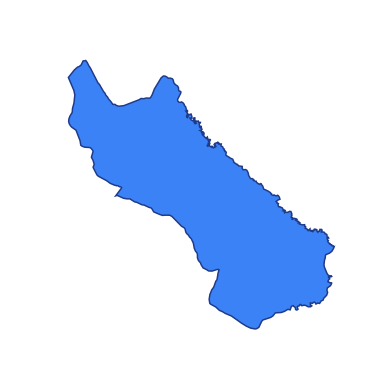 Samfya, Luapula, Zambia (Robinson projection), rotated 314°
{"feature_id": "96606910B51649803270254", "entity_name": "Samfya", "entity_type": "district", "adm_level": 2, "iso_a3": "ZMB", "parent_name": "Zambia", "parent_adm1": "Luapula", "projection": "robinson", "projection_center": [29.71, -11.747], "detail": "fine", "context": "isolated", "style": "filled", "palette": "blue", "viewbox_px": 384, "rotation_deg": 314, "n_neighbors": 0, "source": "geoboundaries", "source_scale": "gbopen_adm2", "svg_char_len": 6109}
<svg xmlns="http://www.w3.org/2000/svg" viewBox="0 0 384 384"><g transform="rotate(314 192 192)"><path d="M188.5,23.5L183.0,36.5L180.4,40.3L174.0,45.3L169.1,48.0L166.1,50.5L161.8,51.5L159.2,52.6L157.1,54.2L155.8,56.3L155.2,58.6L155.1,60.6L155.9,65.6L151.1,75.9L148.4,79.5L148.5,80.9L149.7,83.7L153.0,87.6L153.3,89.1L153.0,91.6L152.4,92.7L147.1,95.5L146.0,98.9L144.0,102.4L141.2,103.6L140.8,104.3L138.4,111.4L138.2,112.4L138.4,114.1L140.8,122.6L141.4,127.1L142.9,131.0L144.1,133.4L145.1,134.3L145.3,136.0L146.3,137.2L146.1,138.5L136.3,139.8L137.4,140.4L137.9,141.4L139.9,147.0L141.8,149.9L143.9,152.1L145.1,157.7L146.2,159.4L148.0,164.8L149.3,166.6L151.1,171.8L152.0,173.3L152.1,174.8L151.1,178.3L153.4,184.3L154.7,187.1L156.3,188.4L159.9,192.2L160.5,194.7L160.1,208.3L160.8,210.9L160.7,212.5L158.9,215.3L158.4,217.1L158.5,219.2L157.9,221.6L157.9,223.8L156.2,228.4L153.0,232.9L151.9,235.6L151.7,237.7L150.9,239.2L148.3,241.8L147.2,244.2L146.9,247.3L145.9,249.5L145.1,252.8L146.3,256.4L146.7,258.6L147.0,259.1L149.1,261.4L153.7,263.9L154.6,264.7L154.8,265.5L151.9,267.0L146.3,270.9L144.4,271.1L138.7,273.7L135.3,274.2L130.5,276.2L126.7,278.9L124.3,282.1L124.2,283.0L125.8,289.1L125.9,294.0L127.0,296.8L127.8,300.3L130.2,306.5L132.1,319.0L133.2,324.0L134.8,328.7L137.3,332.5L138.5,333.4L141.1,334.1L147.3,332.0L149.2,331.9L156.4,335.7L159.0,336.3L162.9,335.9L167.3,339.9L170.3,341.4L174.2,342.5L175.4,344.5L178.6,343.0L180.2,343.4L180.6,343.8L180.4,344.7L180.7,346.5L179.5,348.0L179.6,349.0L180.4,349.6L181.3,349.7L182.5,347.4L183.2,347.4L184.5,348.2L185.9,347.8L186.6,348.2L186.7,348.6L186.3,349.2L186.5,350.0L188.5,351.3L189.3,352.5L190.2,355.4L191.8,357.0L193.3,357.3L193.5,357.0L192.9,355.6L194.4,354.2L195.6,356.0L197.5,356.2L197.9,356.7L197.9,357.5L197.5,359.0L199.5,359.6L200.5,361.2L203.3,360.6L205.4,361.4L206.9,360.6L211.3,360.6L214.0,359.3L215.1,357.2L217.1,356.0L220.8,356.7L223.1,356.0L223.6,355.5L222.3,353.8L222.3,352.8L221.9,352.2L222.1,351.8L223.8,351.3L225.2,351.4L225.5,350.8L225.4,349.4L226.0,349.2L227.3,350.8L228.3,351.2L228.5,350.5L227.2,349.1L226.8,347.8L227.1,346.0L229.9,339.5L231.3,337.5L235.1,334.6L236.9,333.8L238.9,332.2L239.9,331.8L243.5,333.4L246.6,333.8L249.8,333.0L251.6,332.2L251.0,331.7L251.4,331.1L250.6,330.0L251.1,329.1L250.5,328.5L250.7,327.3L250.2,327.1L250.5,326.1L250.5,324.7L250.8,324.0L251.8,323.8L251.7,322.5L252.4,322.1L252.6,321.5L253.8,322.3L254.1,321.5L253.5,320.5L255.0,318.7L255.1,318.0L254.3,316.8L254.7,316.3L254.9,315.2L253.9,313.4L253.2,313.2L253.0,312.8L254.5,311.8L254.9,312.0L255.1,311.3L254.0,310.0L252.3,310.9L251.7,310.3L250.5,310.5L250.6,309.0L251.4,308.4L251.6,307.9L250.7,306.2L250.3,305.9L249.7,306.6L249.2,305.9L248.3,305.8L247.8,306.5L247.4,306.5L246.6,304.9L247.4,304.8L246.3,303.5L247.4,302.5L245.8,302.3L245.2,302.6L244.8,302.3L245.3,300.5L244.5,298.7L245.8,298.2L246.0,297.7L245.6,297.5L245.5,296.9L246.7,295.7L245.0,294.2L243.6,291.5L244.8,291.2L244.6,290.5L243.6,289.8L244.8,289.2L244.0,288.0L244.0,287.0L243.7,286.0L244.1,286.0L245.1,286.8L245.3,286.1L244.2,284.0L243.3,283.4L242.2,283.4L242.0,282.9L243.3,282.8L243.4,282.1L242.8,281.6L242.8,280.7L244.6,280.1L244.9,279.1L245.6,279.1L246.7,276.7L245.9,275.7L243.7,274.9L242.5,273.3L241.4,273.1L241.7,272.4L242.9,272.1L242.0,270.8L243.2,271.2L242.7,269.7L243.3,268.2L242.8,266.4L242.3,266.0L242.4,265.3L241.6,264.5L242.6,262.7L243.7,262.2L243.1,260.7L243.6,260.3L243.6,259.1L245.9,259.4L247.9,260.3L248.9,258.5L249.3,256.7L249.0,255.7L247.8,255.4L247.4,254.9L246.9,253.0L246.3,253.1L245.7,252.4L245.3,250.9L245.9,250.6L245.8,249.9L246.0,248.8L245.4,245.7L243.9,241.5L245.3,239.0L245.6,237.7L245.4,236.9L245.9,236.2L245.4,236.0L245.4,235.3L244.3,235.1L244.1,234.5L244.1,233.8L243.8,233.0L243.9,231.4L244.3,230.7L243.7,230.2L243.4,229.0L243.7,228.5L243.6,228.2L243.2,228.4L243.1,227.8L243.7,227.4L243.7,226.9L243.4,225.9L242.5,225.2L242.4,224.3L243.3,221.2L244.8,219.1L245.7,216.4L245.4,215.0L243.5,213.3L244.0,211.5L245.3,210.4L243.2,207.4L243.4,205.5L242.8,204.8L242.9,203.5L242.4,202.3L242.4,201.3L243.1,200.7L243.2,199.9L243.9,198.6L242.7,195.0L242.8,194.5L242.0,191.2L242.3,190.5L244.4,189.0L244.4,187.9L244.0,187.5L244.6,187.1L244.4,186.1L245.3,185.5L245.0,184.6L245.8,182.5L245.3,180.8L246.7,179.8L246.2,179.6L246.1,178.5L245.5,178.6L245.1,178.3L245.1,178.0L245.8,178.2L245.8,176.0L245.4,176.0L245.0,176.8L244.5,175.5L242.7,174.7L241.6,176.9L241.2,175.6L240.4,177.4L238.6,176.7L238.5,176.3L239.0,176.1L238.8,174.6L237.8,175.0L237.3,172.3L235.8,171.4L235.8,170.9L236.2,170.5L236.5,170.5L238.1,171.8L238.4,171.5L237.7,170.6L238.3,169.7L239.5,170.7L240.0,168.9L240.5,169.6L242.3,169.0L242.3,168.4L240.7,167.5L241.3,167.0L240.6,165.7L241.8,165.5L242.2,164.8L240.5,164.7L240.4,164.3L240.4,159.7L240.8,159.2L241.1,159.3L241.4,160.8L242.7,159.8L242.9,158.1L241.4,157.8L241.4,157.5L242.5,157.2L241.8,155.0L243.2,155.7L244.1,155.6L244.3,154.6L245.6,153.1L245.5,152.7L243.9,153.1L243.9,152.5L245.9,149.9L247.3,150.0L247.9,149.7L246.8,148.5L247.4,147.2L246.7,146.8L245.6,145.2L245.1,145.4L244.4,147.3L243.4,147.0L243.2,146.3L243.8,144.7L246.4,143.5L247.3,142.6L246.9,142.0L245.9,141.8L245.3,143.3L243.7,143.0L243.3,141.3L243.6,139.4L244.0,139.1L244.5,140.3L245.2,140.5L246.4,139.2L247.4,137.1L246.1,136.7L245.6,135.7L242.6,137.1L242.4,137.2L242.1,136.6L242.7,135.4L243.7,134.9L244.6,135.0L245.5,133.9L245.9,131.4L246.3,131.8L246.5,132.8L247.2,132.6L247.4,130.6L248.9,128.2L248.9,126.6L249.6,125.5L249.9,123.8L249.6,122.0L248.1,121.1L247.5,120.1L247.6,118.5L248.3,117.5L249.2,117.1L255.1,115.3L256.2,114.6L256.4,113.8L255.8,113.0L255.8,111.9L257.7,109.7L258.2,108.0L257.7,105.6L257.9,103.1L259.5,100.7L259.8,99.3L258.9,97.3L257.4,96.0L257.2,93.7L256.6,92.0L255.5,90.8L252.7,90.5L239.9,93.4L234.3,95.8L231.6,96.5L230.2,96.5L227.8,93.8L225.5,92.4L223.9,90.4L221.5,89.8L206.8,83.0L202.9,79.8L201.8,77.7L201.5,75.7L200.0,74.1L200.6,71.4L201.0,67.0L201.6,65.5L201.8,62.6L202.6,60.9L202.8,58.6L205.1,50.6L205.2,48.5L210.6,32.7L211.2,29.9L212.4,26.6L212.8,24.2L211.9,23.8L210.7,22.6L206.5,24.0L203.9,23.7L202.3,22.9L198.0,22.6L188.5,23.5Z" fill="#3b82f6" stroke="#1e3a8a" stroke-width="1.5"/></g></svg>